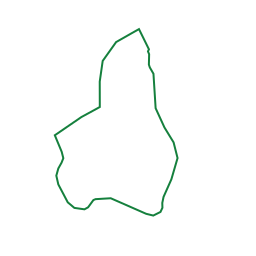 an SVG outline of Porto Novo, rotated 294°
{"feature_id": "CPV-5060", "entity_name": "Porto Novo", "entity_type": "state/province", "adm_level": 1, "iso_a3": "CPV", "parent_name": "Cabo Verde", "parent_adm1": "", "projection": "robinson", "projection_center": [-25.199, 17.027], "detail": "fine", "context": "isolated", "style": "outline", "palette": "green", "viewbox_px": 256, "rotation_deg": 294, "n_neighbors": 0, "source": "natural_earth", "source_scale": "10m", "svg_char_len": 598}
<svg xmlns="http://www.w3.org/2000/svg" viewBox="0 0 256 256"><g transform="rotate(294 128 128)"><path d="M222.8,97.8L208.4,115.1L206.1,115.1L204.0,117.3L194.4,121.3L192.2,123.3L187.9,129.2L157.3,145.2L143.3,161.1L133.4,175.5L120.7,185.5L98.7,188.5L79.5,188.5L73.5,189.8L69.1,191.9L64.5,191.8L58.3,186.7L57.0,179.5L56.8,140.8L49.8,127.3L48.1,125.7L39.3,123.8L36.0,121.3L33.2,111.5L35.6,103.2L48.1,87.3L55.3,81.9L62.7,80.8L69.3,81.4L74.1,81.2L79.3,77.1L91.6,64.1L119.1,81.0L135.7,93.7L158.9,83.3L179.0,77.6L201.7,82.2L215.8,92.6L222.8,97.8Z" fill="none" stroke="#15803d" stroke-width="2"/></g></svg>